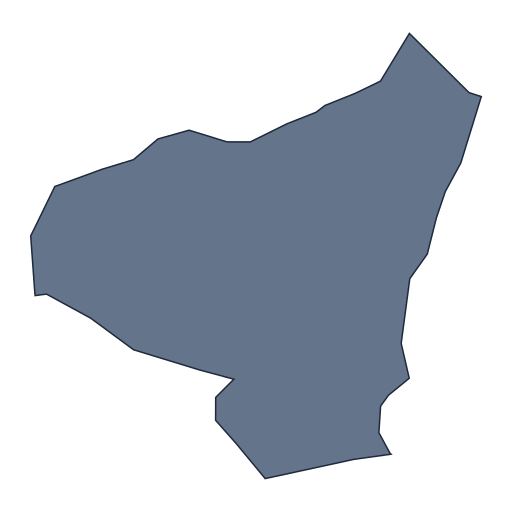 Berane, Albers equal-area conic projection
{"feature_id": "MNE-1509", "entity_name": "Berane", "entity_type": "Municipality", "adm_level": 1, "iso_a3": "MNE", "parent_name": "Montenegro", "parent_adm1": "", "projection": "albers", "projection_center": [19.918, 42.855], "detail": "fine", "context": "isolated", "style": "filled", "palette": "slate", "viewbox_px": 512, "rotation_deg": 0, "n_neighbors": 0, "source": "natural_earth", "source_scale": "10m", "svg_char_len": 659}
<svg xmlns="http://www.w3.org/2000/svg" viewBox="0 0 512 512"><path d="M409.2,378.3L388.6,395.1L380.6,406.1L378.9,432.7L390.1,453.4L391.0,454.2L353.6,459.4L265.1,478.6L264.8,478.1L235.8,443.1L215.6,420.3L215.7,397.4L233.8,379.2L200.0,370.1L133.6,349.8L90.7,318.2L46.5,294.1L35.1,295.6L34.8,292.6L30.7,235.9L38.5,220.0L54.8,186.5L58.1,185.3L102.2,169.2L133.4,159.7L158.0,138.9L189.1,130.2L227.0,141.9L250.3,141.9L287.1,123.7L316.0,112.3L324.9,105.5L355.3,93.3L380.5,81.1L409.4,33.4L469.0,92.6L481.3,96.6L460.8,163.0L445.3,191.6L436.4,217.9L427.3,254.0L409.8,278.7L401.2,343.4L409.1,377.7L409.2,378.3Z" fill="#64748b" stroke="#1e293b" stroke-width="1.5"/></svg>